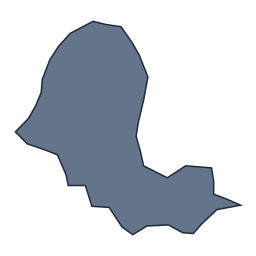 outline of Pano Deftera, Nicosia, Cyprus
{"feature_id": "46923920B2201845302694", "entity_name": "Pano Deftera", "entity_type": "district", "adm_level": 2, "iso_a3": "CYP", "parent_name": "Cyprus", "parent_adm1": "Nicosia", "projection": "natural_earth1", "projection_center": [33.266, 35.092], "detail": "fine", "context": "isolated", "style": "filled", "palette": "slate", "viewbox_px": 256, "rotation_deg": 0, "n_neighbors": 0, "source": "geoboundaries", "source_scale": "gbopen_adm2", "svg_char_len": 620}
<svg xmlns="http://www.w3.org/2000/svg" viewBox="0 0 256 256"><path d="M15.4,131.8L27.2,143.9L43.4,149.3L57.4,154.8L66.0,174.5L68.2,185.5L85.4,185.5L91.9,206.3L109.1,207.4L122.1,227.1L132.8,234.7L146.9,226.0L168.4,224.9L182.4,232.6L193.2,233.6L201.8,223.8L216.9,209.6L240.6,205.2L225.5,198.6L213.7,194.2L213.7,181.1L211.5,167.9L185.7,165.8L167.3,177.8L143.6,165.8L140.4,151.5L136.1,136.2L138.2,123.1L143.6,100.1L147.9,77.1L139.3,55.2L131.8,42.1L121.0,26.7L105.9,24.5L93.0,21.3L70.3,33.3L58.5,46.4L49.9,59.6L42.3,79.3L41.2,92.4L35.8,105.5L28.3,118.7L15.4,131.8Z" fill="#64748b" stroke="#1e293b" stroke-width="1.5"/></svg>